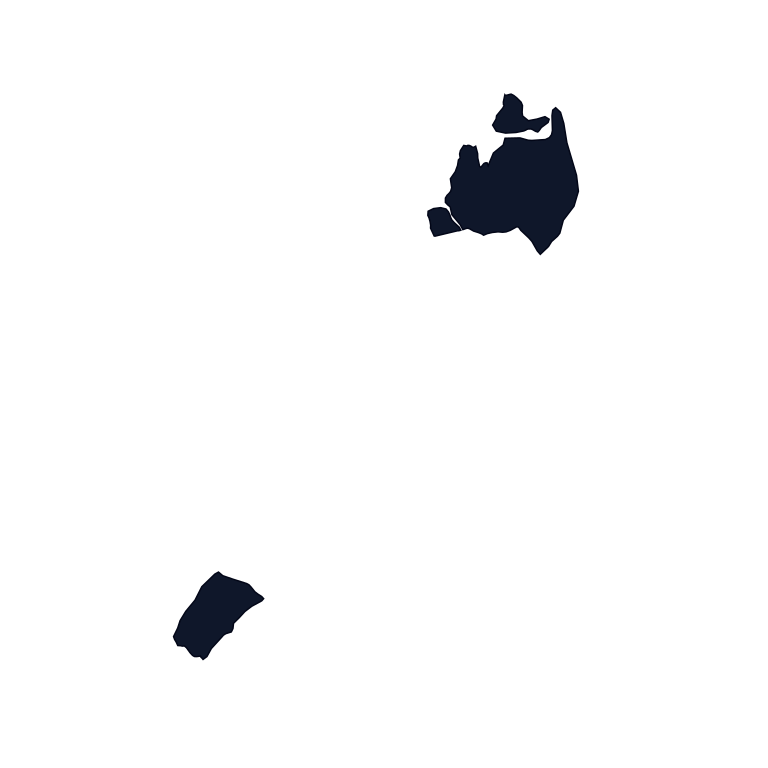 Hovedstaden, Natural Earth projection, rotated 105°
{"feature_id": "DNK-3419", "entity_name": "Hovedstaden", "entity_type": "Region", "adm_level": 1, "iso_a3": "DNK", "parent_name": "Denmark", "parent_adm1": "", "projection": "natural_earth1", "projection_center": [12.898, 55.56], "detail": "fine", "context": "isolated", "style": "filled", "palette": "ink", "viewbox_px": 768, "rotation_deg": 105, "n_neighbors": 0, "source": "natural_earth", "source_scale": "10m", "svg_char_len": 2490}
<svg xmlns="http://www.w3.org/2000/svg" viewBox="0 0 768 768"><g transform="rotate(105 384 384)"><path d="M115.3,330.7L111.1,316.3L111.2,307.8L110.5,304.3L106.1,291.4L103.2,288.0L99.8,286.7L95.7,286.9L81.3,291.2L75.8,291.9L72.7,289.7L75.9,283.8L85.7,277.8L103.6,269.8L132.5,252.1L147.5,246.1L163.1,246.5L179.4,253.2L192.8,253.2L196.4,254.7L203.0,259.0L208.6,260.7L218.3,266.6L215.7,270.4L208.0,278.0L205.3,282.1L200.1,291.7L197.7,294.5L197.7,296.4L202.9,301.8L205.5,305.5L206.7,308.7L207.5,313.2L209.6,318.6L212.1,323.3L214.5,326.3L213.7,328.6L213.3,331.9L213.1,337.0L212.0,341.2L211.8,342.8L212.0,344.0L212.7,345.2L214.5,347.8L210.5,351.5L202.9,362.2L195.8,365.9L194.5,368.8L192.7,371.7L188.5,372.8L185.4,371.9L183.2,370.6L180.7,369.5L176.9,369.4L168.6,373.0L160.5,370.1L153.9,369.5L148.3,370.1L146.0,368.9L142.3,370.5L138.7,370.6L132.9,368.7L132.7,365.8L131.8,364.8L131.5,363.5L131.7,361.8L132.0,360.8L132.3,360.1L132.4,359.5L132.2,359.0L132.1,358.5L130.6,357.0L137.2,353.2L141.5,351.9L149.0,348.0L149.6,346.9L149.1,346.3L145.5,344.7L144.8,344.2L144.4,343.6L144.0,343.0L143.7,341.7L146.3,339.9L132.6,338.1L129.5,335.9L122.3,330.7L115.4,330.7L115.3,330.7ZM696.9,487.5L696.0,488.7L695.6,489.5L695.2,490.2L694.3,490.8L695.8,494.4L696.3,496.6L695.7,498.7L693.8,501.7L689.8,506.6L688.7,509.0L689.4,511.1L689.4,512.6L690.0,515.5L687.0,518.0L685.0,520.1L682.4,521.9L673.1,520.1L665.3,519.7L654.8,516.6L641.7,510.6L626.9,507.5L611.4,498.2L608.5,495.2L610.9,490.1L611.6,479.8L612.3,465.0L612.9,462.5L614.5,459.9L618.1,455.0L619.6,451.4L620.9,447.2L622.5,444.7L625.1,446.0L632.8,454.1L635.5,456.2L639.8,459.5L646.9,463.2L654.1,467.4L659.3,466.6L663.0,467.3L666.1,472.2L668.2,474.1L670.5,475.2L684.2,482.3L693.1,484.5L696.9,487.5ZM73.5,342.1L73.7,341.9L73.3,340.2L71.5,337.1L71.1,336.2L71.7,333.4L73.2,329.9L76.3,324.5L79.2,322.3L85.8,320.9L89.2,319.5L92.3,312.7L88.5,304.8L84.1,297.7L85.5,293.0L88.9,293.2L95.5,298.4L99.0,299.7L100.8,300.7L100.7,303.1L99.9,305.9L99.6,307.8L100.4,310.8L101.1,311.9L102.0,312.7L103.4,314.5L106.9,321.6L110.2,331.6L110.7,341.0L105.8,346.1L99.0,344.3L95.7,344.7L86.8,340.7L83.8,340.0L83.5,340.3L83.2,340.9L80.8,341.7L73.7,342.1L73.5,342.1ZM217.0,352.7L227.9,372.8L228.1,373.8L221.4,379.4L218.6,380.0L215.1,381.6L211.9,383.5L209.8,385.3L205.7,386.1L201.7,381.5L199.0,374.9L198.9,369.4L201.0,366.4L203.4,364.3L205.9,362.7L207.9,361.0L209.9,358.0L213.1,351.9L215.6,349.6L216.4,351.0L216.7,351.7L217.0,352.7Z" fill="#0f172a" stroke="#020617" stroke-width="1.5"/></g></svg>